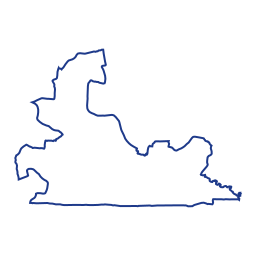 the district of Sissili, Sissili, Burkina Faso
{"feature_id": "67063806B75900195473972", "entity_name": "Sissili", "entity_type": "district", "adm_level": 2, "iso_a3": "BFA", "parent_name": "Burkina Faso", "parent_adm1": "Sissili", "projection": "orthographic", "projection_center": [-2.154, 11.45], "detail": "fine", "context": "isolated", "style": "outline", "palette": "blue", "viewbox_px": 256, "rotation_deg": 0, "n_neighbors": 0, "source": "geoboundaries", "source_scale": "gbopen_adm2", "svg_char_len": 5803}
<svg xmlns="http://www.w3.org/2000/svg" viewBox="0 0 256 256"><path d="M15.6,162.8L16.2,163.4L16.5,163.9L17.0,165.6L16.7,169.0L17.2,170.5L17.5,172.1L17.5,173.9L18.0,175.2L18.6,177.6L18.7,179.5L26.8,176.4L27.9,175.8L28.1,175.6L28.0,175.1L27.1,171.5L27.0,170.5L27.3,169.9L27.8,169.4L28.8,168.9L31.1,168.8L33.0,169.2L34.0,169.8L37.0,172.7L38.9,174.1L40.5,176.6L42.3,178.4L44.4,179.9L46.2,180.8L47.6,182.2L47.8,182.6L47.9,183.8L47.2,188.4L46.6,190.3L45.5,192.7L45.2,193.2L44.0,193.6L42.8,193.6L40.5,193.2L37.7,193.1L36.4,193.5L36.0,193.7L35.9,195.3L35.2,196.9L34.5,197.8L33.8,198.3L31.4,199.8L30.6,200.9L30.3,201.8L30.1,202.9L31.9,203.0L32.5,203.2L33.0,203.0L36.6,203.3L47.4,203.0L49.7,203.5L52.4,203.6L56.1,204.4L56.7,204.3L60.0,204.3L62.0,204.8L64.2,205.1L76.0,204.9L83.3,205.0L86.1,204.8L88.0,205.0L92.0,205.1L98.2,204.9L101.3,204.6L104.0,204.6L104.8,204.4L108.2,204.7L111.2,204.9L113.1,205.4L114.3,205.2L120.6,206.1L136.3,206.0L137.9,206.2L138.5,205.9L149.8,205.5L151.7,205.9L156.9,205.5L180.2,205.3L185.8,205.4L187.3,205.9L188.1,206.3L192.3,206.2L194.3,205.0L201.4,202.9L203.7,202.7L206.0,203.4L207.7,204.1L208.4,203.9L212.3,204.3L212.8,203.7L213.1,202.2L212.8,200.9L212.9,199.9L213.2,199.2L221.8,199.3L223.8,199.5L225.8,199.2L229.3,199.4L233.4,199.3L238.3,199.3L239.1,199.9L239.3,198.7L238.8,197.8L238.2,197.4L238.2,196.9L239.1,196.1L240.3,195.8L240.3,194.9L239.9,194.2L239.9,193.9L240.0,193.7L240.6,193.5L240.4,193.2L240.4,192.8L239.8,192.9L239.3,192.8L238.6,193.6L238.5,194.4L238.4,194.9L237.9,195.3L237.0,195.6L236.5,195.4L236.0,194.7L235.7,194.4L234.5,194.1L233.1,192.9L232.9,192.5L232.8,191.8L232.2,191.7L231.5,190.9L230.0,189.8L229.8,189.3L229.7,188.5L230.0,188.3L230.7,188.3L230.9,188.1L231.3,186.9L231.1,186.6L229.4,186.4L227.9,186.9L227.6,187.3L227.0,187.2L226.1,186.1L225.5,186.0L224.2,186.3L223.5,187.0L222.8,187.3L222.0,187.1L221.6,187.2L220.9,187.1L220.1,186.5L219.9,186.2L219.8,185.8L220.0,185.5L220.7,185.0L220.7,184.8L219.7,183.8L218.9,183.6L217.9,184.7L217.5,184.7L217.3,184.8L216.8,184.4L216.5,184.4L216.0,184.0L216.1,182.2L216.4,182.0L216.9,181.8L216.9,181.3L216.2,180.7L215.6,180.7L215.3,180.4L215.1,180.3L214.5,181.0L213.3,180.8L212.8,181.1L212.3,182.0L211.3,181.9L211.2,181.7L210.5,181.5L210.0,181.2L209.7,180.8L209.6,180.0L209.8,179.2L209.2,178.5L207.9,178.1L207.1,177.5L206.0,177.0L204.9,176.8L204.9,176.4L205.3,175.8L205.2,175.2L205.1,174.9L204.0,175.1L203.5,175.3L202.6,175.3L201.8,175.0L201.2,175.0L200.9,174.6L201.1,174.4L201.2,173.7L201.9,172.3L203.0,170.9L206.6,166.7L207.5,165.4L207.7,164.2L207.4,163.6L207.1,162.3L207.2,160.3L207.6,157.3L208.3,156.4L208.8,155.9L210.5,155.1L211.4,154.3L211.7,153.5L211.6,151.2L210.8,148.4L211.0,146.8L211.5,145.6L210.7,145.1L210.5,144.7L210.2,144.5L209.4,143.4L209.3,142.7L209.0,142.5L208.5,141.9L207.9,141.9L207.5,141.3L206.6,141.3L205.6,140.9L205.2,140.6L205.0,140.0L204.3,139.4L203.9,138.5L203.2,138.2L199.0,137.4L194.9,136.7L193.6,136.8L193.0,137.0L192.2,137.7L191.4,138.7L188.7,142.5L186.8,144.0L184.6,146.2L182.9,147.4L181.2,148.4L178.9,149.3L176.7,150.5L175.9,150.5L174.8,150.2L174.4,150.0L172.5,148.0L171.7,147.4L171.4,147.5L170.4,147.1L169.1,146.9L168.5,146.6L168.7,145.5L169.1,144.0L169.0,143.4L168.4,142.2L168.7,141.1L160.6,141.4L155.9,141.3L154.8,141.7L154.5,142.5L152.9,143.8L152.6,144.4L152.3,146.4L150.5,146.3L149.8,145.8L149.3,146.1L148.8,146.7L148.4,147.4L148.1,148.3L148.0,149.1L147.8,149.7L147.4,153.6L147.0,154.5L146.2,154.8L146.2,153.8L145.1,154.8L145.2,155.4L144.9,155.6L144.5,155.6L143.1,154.6L141.9,154.7L140.3,154.4L139.9,154.0L139.3,154.0L138.8,153.6L138.1,153.8L137.6,153.4L137.9,152.1L138.1,151.7L138.0,151.2L137.2,151.1L136.6,150.7L136.4,150.2L136.4,149.7L136.9,149.1L137.0,148.5L133.6,146.6L131.0,145.0L129.0,143.3L126.8,140.9L125.2,138.6L123.8,135.1L121.5,130.4L121.1,129.2L119.4,122.4L119.0,121.1L115.8,117.1L113.9,115.4L112.7,115.0L111.7,114.9L104.4,115.7L103.4,115.6L98.2,115.7L97.5,115.6L95.9,115.0L94.0,114.0L91.7,113.1L90.0,112.2L89.1,111.5L88.0,110.0L87.6,109.2L87.3,108.2L87.1,105.4L87.6,98.6L87.5,96.4L87.9,86.1L88.3,83.4L89.9,81.4L90.4,80.6L91.0,80.3L91.8,80.5L92.3,80.9L93.0,81.3L94.8,81.7L95.5,81.6L96.4,81.9L98.3,82.0L99.3,82.7L103.2,83.6L103.8,83.5L104.2,83.2L104.6,83.2L105.0,82.1L105.4,78.8L105.1,75.8L103.7,70.9L103.2,69.6L101.8,67.0L101.9,66.3L102.1,66.1L102.7,65.8L105.0,65.5L105.6,65.2L105.8,64.7L105.1,61.7L103.7,53.7L103.2,49.7L101.8,49.7L100.6,50.3L98.6,50.5L97.7,51.3L96.4,51.4L95.7,51.8L94.0,51.5L85.5,53.6L84.5,53.7L80.0,53.2L78.2,53.5L77.7,53.7L76.5,55.1L75.7,56.7L74.3,58.2L72.5,59.3L68.7,60.5L67.6,61.5L65.5,64.2L63.9,66.7L63.2,67.7L62.1,68.6L61.6,69.4L61.2,69.0L60.5,68.7L60.0,68.7L58.8,68.1L58.7,67.9L58.3,68.9L57.5,71.9L57.3,75.6L56.9,78.0L56.5,78.5L56.0,78.9L53.9,79.6L53.0,80.2L52.6,80.6L52.6,81.2L52.8,81.6L54.2,84.0L54.4,84.7L54.2,86.5L54.8,87.8L55.0,89.5L54.7,93.1L54.7,96.0L54.4,98.3L54.2,98.9L53.7,99.2L53.2,99.2L48.4,98.8L47.2,98.8L42.6,98.2L41.4,98.3L36.9,100.3L34.4,101.6L32.2,102.3L35.1,103.7L36.8,105.3L37.6,106.9L38.2,109.5L38.2,112.4L37.8,115.4L37.1,118.0L37.3,119.0L37.5,119.6L37.9,120.1L39.8,121.9L42.6,123.9L46.4,125.5L48.7,126.1L52.2,129.1L54.2,130.1L55.6,130.4L58.3,130.7L59.3,131.3L59.8,131.9L60.7,132.3L62.4,134.1L62.6,134.6L62.2,134.8L61.0,136.3L59.1,137.4L58.2,138.3L56.3,139.1L56.3,139.5L55.9,139.8L56.0,140.2L55.8,140.7L55.4,140.8L54.7,140.4L54.2,140.3L53.2,141.1L51.1,140.6L50.8,140.7L47.8,140.6L47.2,140.9L45.8,140.5L45.5,140.7L45.6,141.1L45.1,142.0L45.0,142.8L44.7,145.1L44.8,146.5L44.4,148.2L44.0,148.7L42.3,148.2L40.6,148.1L40.0,148.3L34.6,147.7L32.7,148.0L32.1,147.5L30.2,146.6L29.7,146.6L27.6,145.3L26.7,144.8L26.3,144.7L23.5,146.5L21.5,148.2L20.8,149.2L19.3,152.9L17.9,154.4L16.2,155.5L16.2,155.9L15.4,157.7L15.4,158.7L15.6,159.0L15.8,160.2L15.5,160.8L15.4,161.4L15.4,162.3L15.6,162.8Z" fill="none" stroke="#1e3a8a" stroke-width="2"/></svg>